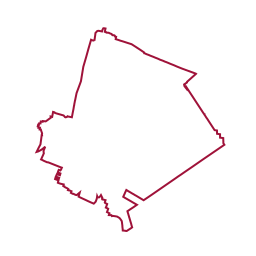 Tizayuca, Hidalgo, Mexico, rotated 173°
{"feature_id": "50627088B81071205197535", "entity_name": "Tizayuca", "entity_type": "district", "adm_level": 2, "iso_a3": "MEX", "parent_name": "Mexico", "parent_adm1": "Hidalgo", "projection": "natural_earth1", "projection_center": [-98.946, 19.853], "detail": "fine", "context": "isolated", "style": "outline", "palette": "rose", "viewbox_px": 256, "rotation_deg": 173, "n_neighbors": 0, "source": "geoboundaries", "source_scale": "gbopen_adm2", "svg_char_len": 4516}
<svg xmlns="http://www.w3.org/2000/svg" viewBox="0 0 256 256"><g transform="rotate(173 128 128)"><path d="M204.3,82.2L202.8,81.4L201.7,80.9L200.6,80.5L199.5,80.1L198.7,79.8L198.9,79.3L199.3,78.3L198.5,77.9L198.6,77.7L197.9,77.1L197.7,76.9L196.8,76.3L195.7,75.6L194.7,74.7L195.7,72.8L195.6,73.0L195.3,73.4L194.1,73.4L193.0,72.8L191.8,72.1L192.6,70.6L191.6,69.9L190.9,69.4L190.4,69.4L189.9,69.1L189.3,68.7L188.2,68.0L187.1,67.7L183.8,69.8L185.4,65.9L183.9,64.9L181.2,63.2L178.6,61.6L176.9,60.5L174.3,58.9L171.2,57.1L169.9,58.1L169.0,58.9L168.6,59.7L167.8,61.2L167.3,62.6L166.9,64.1L166.7,63.4L166.3,62.9L165.7,62.7L165.0,62.7L164.5,63.1L163.4,64.2L163.0,64.7L162.0,61.8L162.1,61.7L162.3,61.5L162.3,60.8L162.3,60.3L162.2,60.2L161.5,60.1L161.3,60.0L159.1,59.1L159.5,58.2L160.1,57.0L159.8,56.3L158.0,55.2L157.9,55.1L158.8,53.3L159.7,51.7L157.8,50.5L157.5,50.2L159.1,47.1L156.8,45.6L157.6,43.9L155.1,43.5L154.7,42.5L153.7,42.6L151.9,42.1L150.5,41.7L149.6,41.4L148.8,40.8L148.2,40.3L147.4,39.7L146.6,38.4L145.9,37.1L145.7,36.8L145.5,35.6L145.5,34.8L145.5,34.1L145.5,32.6L145.5,31.5L145.6,30.7L145.6,28.4L145.7,26.9L143.5,26.4L142.4,26.0L141.7,26.0L141.3,26.2L137.0,28.3L136.1,28.7L135.9,28.1L136.0,28.9L136.3,30.6L136.6,33.0L136.8,34.0L137.6,38.8L137.8,39.7L137.8,40.2L138.0,41.1L138.1,41.7L138.2,42.4L138.3,43.1L138.5,44.0L138.7,45.5L135.9,46.9L135.6,47.1L134.7,47.5L134.3,47.7L132.1,48.8L128.5,50.7L133.0,54.1L133.6,54.6L134.7,55.4L135.2,55.8L137.6,57.6L139.6,59.1L141.1,60.3L139.9,62.3L139.3,63.2L139.3,63.3L139.1,63.6L139.0,63.8L138.9,64.0L138.7,64.3L138.2,65.1L137.9,65.6L137.2,66.7L136.3,66.0L136.1,65.8L135.6,65.4L135.0,65.0L134.6,64.6L134.1,64.3L134.0,64.2L133.3,63.7L133.1,63.5L131.3,62.1L130.8,61.8L129.7,60.9L129.5,60.7L128.2,59.8L121.3,54.4L112.7,58.8L86.9,72.3L84.3,73.7L81.1,75.3L77.7,77.1L69.0,81.6L66.9,82.7L57.4,87.7L34.4,99.6L35.2,101.3L35.0,103.1L34.7,106.4L37.8,107.2L37.4,110.6L40.3,111.4L40.0,114.7L42.3,115.3L47.5,125.9L48.1,127.2L49.1,129.0L50.1,131.2L50.5,131.9L50.4,132.3L50.7,132.4L51.8,134.5L53.9,138.8L65.0,161.3L65.2,159.9L65.5,160.4L66.9,162.8L67.0,164.4L63.9,166.0L63.8,166.6L63.7,166.7L53.9,173.5L54.1,173.7L66.8,180.2L70.8,182.4L72.4,183.3L73.9,184.2L75.1,184.9L77.7,186.3L78.6,186.8L80.3,187.8L82.1,188.8L83.9,189.7L84.2,190.0L86.1,191.0L87.9,191.9L89.3,192.8L90.7,193.6L92.4,194.5L94.1,195.5L95.6,196.3L97.1,197.1L98.6,198.0L100.2,198.8L101.4,199.5L101.6,199.6L102.7,200.4L102.8,200.4L102.8,201.0L104.7,202.7L104.8,202.8L107.0,204.7L114.3,210.8L114.6,210.9L118.5,212.7L121.7,214.2L123.7,215.1L124.2,215.3L124.7,215.5L126.7,216.5L129.4,217.7L128.7,219.9L129.2,220.0L129.7,220.3L129.7,220.8L129.8,221.1L130.0,221.4L130.4,221.7L130.9,221.9L131.3,221.8L131.8,221.9L132.2,222.1L132.5,222.6L132.7,223.0L132.8,223.3L133.2,223.5L134.1,223.9L134.5,224.2L134.9,224.4L135.4,224.8L136.1,225.0L136.8,225.1L137.5,225.2L137.7,225.3L137.8,225.6L138.0,225.8L138.3,225.8L138.5,225.8L139.3,226.3L138.2,229.5L139.1,229.8L140.3,230.0L141.3,228.7L142.0,227.0L143.0,227.3L144.1,227.7L144.9,227.9L145.7,228.1L146.7,228.0L147.5,227.3L148.7,226.3L149.1,224.7L149.3,223.8L149.5,223.2L150.7,218.7L150.7,218.8L152.0,219.2L152.6,219.3L153.9,220.1L157.5,211.7L160.9,203.5L164.9,194.2L169.0,180.2L170.0,178.2L174.8,168.9L177.1,162.0L177.2,161.9L177.9,159.7L178.5,157.9L178.5,157.5L178.9,156.6L179.1,155.9L179.8,153.5L180.2,152.3L181.1,149.6L181.5,148.3L182.4,145.5L186.3,146.8L186.6,147.0L187.3,146.4L188.6,146.2L189.2,146.5L189.7,147.3L190.4,148.3L197.5,151.3L198.7,151.9L199.0,152.5L200.4,153.1L201.9,148.3L203.4,148.9L203.5,147.5L206.0,146.2L206.6,145.8L208.9,144.6L211.8,145.3L212.0,144.6L213.8,145.1L214.3,143.2L215.7,143.4L216.1,141.9L216.8,142.2L217.4,140.6L216.6,140.3L216.9,139.1L215.5,138.9L215.4,138.9L215.9,137.3L215.5,137.2L214.7,137.1L214.6,136.3L214.3,134.9L213.9,133.2L214.2,132.2L214.2,131.5L214.5,131.6L215.7,126.9L216.3,124.7L216.9,122.4L219.2,119.1L219.4,118.8L221.6,115.4L219.8,115.7L216.6,117.0L215.3,117.7L213.9,118.6L213.1,119.1L212.4,119.5L212.6,119.2L213.9,116.9L214.1,116.5L214.3,116.2L214.5,115.8L214.6,115.1L214.7,114.9L214.7,114.1L214.6,113.2L214.9,112.7L215.2,112.2L215.4,111.8L216.7,109.7L217.2,108.9L217.4,108.5L218.1,107.4L217.9,107.3L215.1,105.4L214.2,104.9L212.6,103.9L211.3,103.6L210.4,103.1L199.6,97.2L198.5,96.7L199.5,94.9L200.3,94.1L201.8,94.9L202.1,94.5L203.1,92.5L200.6,91.1L200.8,90.6L200.9,90.4L201.3,89.4L204.2,90.8L205.5,88.6L202.4,87.0L202.8,86.1L205.9,87.8L206.6,86.2L203.4,84.5L203.7,83.7L204.1,82.9L204.3,82.2Z" fill="none" stroke="#9f1239" stroke-width="2"/></g></svg>